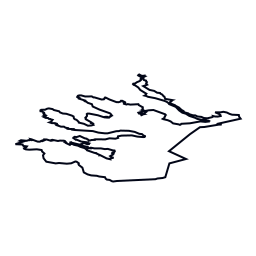 outline of Berg nor, Troms, Norway
{"feature_id": "86288312B25142202859534", "entity_name": "Berg nor", "entity_type": "district", "adm_level": 2, "iso_a3": "NOR", "parent_name": "Norway", "parent_adm1": "Troms", "projection": "equal_earth", "projection_center": [17.457, 69.45], "detail": "fine", "context": "isolated", "style": "outline", "palette": "ink", "viewbox_px": 256, "rotation_deg": 0, "n_neighbors": 0, "source": "geoboundaries", "source_scale": "gbopen_adm2", "svg_char_len": 5791}
<svg xmlns="http://www.w3.org/2000/svg" viewBox="0 0 256 256"><path d="M139.3,74.5L138.8,74.7L138.9,74.9L138.3,75.5L141.8,77.5L140.6,79.0L141.1,79.4L141.1,79.9L139.8,81.0L136.7,82.3L135.8,83.0L134.4,83.7L133.3,83.7L133.0,84.1L133.6,84.8L135.0,85.3L138.2,87.4L140.3,90.0L146.3,93.7L145.9,94.1L145.8,95.0L144.7,95.6L146.3,96.0L148.0,96.8L155.3,98.2L164.3,100.8L166.7,101.8L168.6,103.2L169.1,104.1L175.8,106.9L179.1,110.4L182.3,112.7L185.8,113.7L189.3,115.9L195.1,117.8L197.3,118.9L201.8,119.8L205.3,119.9L207.4,120.7L208.7,120.7L209.0,120.9L208.6,121.1L208.7,121.5L205.4,121.9L200.4,121.4L189.9,123.3L181.3,123.8L180.5,124.7L179.6,124.8L178.9,124.4L173.1,123.4L170.6,121.4L167.7,120.2L163.1,119.1L163.0,118.9L163.8,118.8L163.2,118.7L164.5,117.7L164.6,116.9L165.1,116.4L165.3,115.1L165.7,114.9L165.2,114.3L153.4,110.0L148.8,110.3L145.0,111.0L144.7,111.3L146.1,112.0L143.5,114.1L143.8,114.2L141.8,114.6L142.8,114.6L141.4,115.2L141.2,114.8L142.0,114.1L140.5,113.8L140.8,113.6L138.9,113.5L138.4,112.7L143.4,111.4L143.1,111.1L143.7,110.5L142.7,110.2L143.5,110.0L142.5,110.1L142.1,109.8L142.9,108.9L142.5,108.1L142.8,107.3L138.8,105.1L138.4,104.2L130.4,104.6L127.7,104.1L126.5,104.5L125.4,104.2L125.6,104.1L124.7,103.4L125.0,103.4L124.5,103.3L124.8,102.9L126.1,103.1L124.9,102.8L125.0,102.2L122.3,100.8L121.0,100.8L120.8,101.5L118.6,102.2L116.4,102.1L109.5,99.5L105.5,97.5L105.0,97.5L104.7,97.9L105.1,98.0L103.9,99.3L101.6,99.5L94.5,97.4L93.4,97.4L91.8,96.4L85.2,96.5L81.2,95.4L79.2,95.4L77.9,95.8L77.5,96.4L78.1,96.7L77.6,97.2L79.1,97.9L78.5,98.2L78.6,98.5L84.6,100.4L84.2,100.7L85.0,101.3L86.4,101.7L87.7,102.8L91.9,104.2L92.7,106.5L99.5,109.6L109.4,113.1L110.4,113.6L111.9,115.5L111.0,115.8L111.2,116.0L110.3,116.7L108.9,117.3L107.8,117.3L107.6,116.9L107.3,116.9L107.9,117.6L107.3,117.6L103.9,117.3L106.6,116.7L103.5,117.1L98.0,115.3L89.3,113.6L87.4,113.6L86.8,114.0L87.0,116.0L85.9,117.2L86.0,117.6L85.4,117.8L85.7,119.2L91.2,122.3L91.0,123.0L92.6,123.2L93.3,123.8L93.0,124.4L93.4,124.9L91.2,125.5L87.9,125.7L83.9,123.8L78.8,122.6L78.7,121.9L76.6,119.9L74.6,119.1L73.9,118.3L73.6,116.5L71.9,115.6L66.4,113.8L62.8,113.5L60.0,112.4L59.1,111.3L53.8,110.0L52.6,109.1L48.9,108.4L47.2,108.7L45.1,109.7L41.2,109.8L40.5,110.3L40.7,110.8L39.7,111.1L41.9,111.4L44.1,112.7L44.3,113.2L43.5,113.6L43.8,114.3L45.6,115.3L44.3,115.8L45.7,116.4L45.7,116.8L45.2,116.9L45.1,117.1L44.3,117.2L45.7,117.9L48.0,118.0L48.7,118.8L50.2,119.0L50.4,119.4L51.7,119.5L51.9,120.0L52.4,120.0L51.2,121.8L49.6,122.4L51.8,123.1L54.8,123.1L55.1,123.2L54.6,123.4L55.2,123.8L57.8,124.1L55.6,124.5L57.9,125.1L58.1,125.3L57.6,125.5L61.1,126.7L64.0,126.7L65.5,127.7L67.9,128.1L67.8,128.4L67.1,128.3L67.1,128.6L67.9,128.9L74.0,129.1L74.6,129.6L74.0,129.9L74.8,130.0L92.9,131.1L98.4,132.6L104.6,133.3L107.7,133.3L116.3,131.2L118.9,131.1L120.4,130.6L128.9,130.8L134.7,131.9L139.3,133.8L142.0,134.1L143.6,135.6L144.9,136.0L145.0,136.5L144.5,137.0L143.3,137.1L137.4,136.6L131.9,135.4L121.8,135.6L118.0,136.3L117.8,137.2L118.1,137.9L115.4,138.7L109.5,138.3L105.3,139.4L95.1,139.3L94.5,139.5L94.6,139.9L91.5,140.0L89.7,140.6L88.7,140.4L88.4,139.7L87.5,139.5L86.7,138.7L84.7,138.3L79.8,136.0L76.5,137.1L74.7,136.8L73.6,137.5L73.8,137.9L73.5,138.1L75.2,139.3L76.4,139.5L75.7,139.6L75.9,139.8L76.7,139.7L81.3,141.6L87.2,142.3L86.5,143.1L87.4,143.5L88.7,143.2L89.0,143.3L88.5,143.6L89.7,143.9L87.6,144.3L82.6,142.5L83.6,143.1L82.7,143.7L79.5,144.6L71.7,142.7L71.2,142.2L69.5,142.6L73.2,143.4L75.0,144.7L79.6,145.1L81.1,145.8L82.0,145.7L86.6,146.7L87.9,147.1L87.8,147.5L86.9,147.3L87.8,148.2L90.3,148.3L90.1,147.9L90.8,147.7L94.5,148.4L100.9,148.4L104.8,149.1L107.8,148.9L112.9,150.4L114.5,150.5L114.8,151.3L113.8,152.6L112.4,152.6L112.1,153.1L113.3,153.9L112.9,154.2L113.0,154.5L110.2,156.1L111.6,157.2L113.6,157.8L111.3,158.1L111.1,158.5L109.4,158.8L109.6,159.1L106.6,158.4L100.3,155.2L99.5,155.3L99.6,154.9L96.2,153.4L96.2,153.1L94.5,152.9L87.1,150.3L87.1,150.0L84.6,148.1L80.5,146.9L78.0,145.7L73.9,144.8L72.6,144.1L69.8,143.8L69.5,143.9L70.2,144.0L70.4,144.4L69.9,144.9L65.9,143.0L66.1,142.6L64.9,142.1L65.5,141.7L64.9,141.0L63.9,140.7L59.9,140.6L58.0,141.0L52.2,139.8L51.9,139.9L52.9,140.4L50.9,140.8L46.7,139.5L44.2,139.4L44.2,139.8L43.1,140.2L43.9,140.5L42.3,141.2L40.8,141.1L39.9,141.7L37.6,141.6L33.0,139.9L32.0,140.1L31.8,139.4L30.5,139.1L30.9,139.7L30.7,139.9L30.1,139.7L29.6,140.2L28.8,140.1L26.6,140.8L21.0,140.2L19.9,140.8L23.2,141.6L15.4,144.2L22.6,144.5L23.0,145.5L23.6,146.0L26.9,146.4L26.3,147.2L23.9,148.3L24.1,148.7L25.9,149.4L29.3,149.7L36.8,149.3L41.6,150.0L42.1,151.5L44.4,153.5L43.0,155.3L43.6,158.3L46.3,161.7L55.7,163.4L59.0,163.0L66.8,163.7L71.2,163.3L75.3,161.5L76.6,161.7L78.8,163.3L78.5,164.2L78.9,165.0L82.4,167.7L83.8,172.4L87.6,174.4L91.2,175.4L96.8,175.8L99.2,176.5L105.0,177.2L105.7,178.7L106.9,179.6L109.6,179.9L111.9,181.2L113.2,181.5L116.9,181.0L155.5,179.2L157.4,178.5L162.6,178.0L165.3,177.2L169.4,163.4L186.0,159.0L169.0,151.2L190.1,134.1L200.0,127.2L204.3,127.0L218.9,124.6L221.6,124.6L219.0,123.5L240.6,118.7L239.1,116.7L238.8,115.0L232.1,114.7L229.6,113.9L226.8,112.5L223.3,111.8L220.7,112.3L215.1,112.3L218.9,113.9L220.4,115.0L220.7,116.0L217.7,116.6L215.0,116.5L212.9,116.0L213.1,116.6L212.0,117.2L207.3,118.3L203.8,118.0L201.4,116.9L197.5,116.5L195.3,115.4L192.9,115.3L189.3,114.2L188.3,113.4L184.3,112.3L183.6,111.1L181.6,110.0L178.9,107.5L175.6,105.8L175.0,105.2L170.7,103.5L170.0,102.3L170.1,102.0L171.7,101.0L171.7,100.4L172.4,100.1L165.2,98.9L164.4,96.6L163.6,96.3L162.3,94.6L160.5,93.7L160.1,93.0L157.1,92.7L154.2,90.9L149.5,89.9L143.3,86.1L147.2,84.7L146.1,83.3L146.9,82.1L145.8,80.9L145.9,80.6L143.9,80.0L142.9,78.8L143.4,78.6L143.3,78.2L144.2,77.9L143.6,77.8L143.5,77.1L145.1,76.3L144.6,76.1L144.6,75.6L142.7,75.9L140.9,75.5L139.3,74.5Z" fill="none" stroke="#020617" stroke-width="2"/></svg>